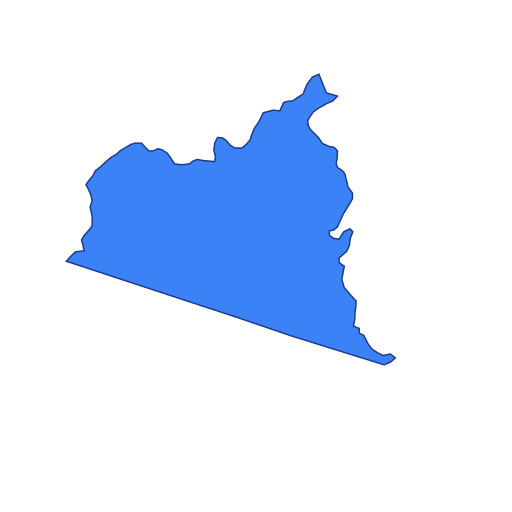 outline of Graça Aranha, Maranhão, Brazil, rotated 145°
{"feature_id": "56859067B94805674111832", "entity_name": "Graça Aranha", "entity_type": "district", "adm_level": 2, "iso_a3": "BRA", "parent_name": "Brazil", "parent_adm1": "Maranhão", "projection": "mercator", "projection_center": [-44.344, -5.391], "detail": "fine", "context": "isolated", "style": "filled", "palette": "blue", "viewbox_px": 512, "rotation_deg": 145, "n_neighbors": 0, "source": "geoboundaries", "source_scale": "gbopen_adm2", "svg_char_len": 1797}
<svg xmlns="http://www.w3.org/2000/svg" viewBox="0 0 512 512"><g transform="rotate(145 256 256)"><path d="M200.3,92.6L202.1,98.6L209.0,101.7L211.9,106.9L214.4,113.2L214.6,119.6L213.3,129.2L215.7,133.6L213.0,137.4L216.4,142.8L211.6,147.2L207.5,152.7L203.4,157.1L199.8,161.8L200.8,169.0L201.8,179.7L199.2,187.4L194.1,192.6L189.6,196.9L191.6,202.4L189.6,206.6L178.9,207.9L173.7,210.9L168.4,216.6L162.8,220.3L163.5,224.4L170.4,225.5L178.2,222.2L182.3,225.8L184.0,230.7L181.6,234.5L177.4,232.7L172.7,233.1L166.2,236.9L160.1,240.5L149.0,245.2L143.9,247.7L140.9,252.4L141.1,259.8L138.9,265.0L136.0,272.6L136.4,276.7L138.5,281.8L137.2,285.9L133.4,289.6L128.9,295.6L129.8,300.4L133.1,303.5L137.1,310.1L136.9,316.8L138.0,323.0L138.9,328.4L138.3,333.1L135.8,337.4L131.8,339.2L126.4,341.2L119.6,341.2L110.4,340.3L104.1,339.0L97.6,340.3L104.8,349.3L100.2,368.8L107.3,370.2L115.3,367.6L120.4,364.5L124.6,361.6L130.5,362.0L137.1,362.0L140.7,364.3L145.4,365.9L153.2,361.2L158.3,365.6L168.0,369.2L172.9,366.3L177.7,363.9L184.4,361.4L190.7,357.3L194.3,354.4L199.2,353.1L205.4,352.4L211.7,356.9L213.6,362.0L214.2,368.1L215.9,372.2L219.5,375.1L225.0,372.2L229.8,366.9L232.3,360.5L235.8,357.1L244.5,364.5L248.8,368.8L253.0,369.9L257.2,369.6L261.7,371.7L265.2,373.9L269.9,378.2L269.7,384.7L269.7,391.0L272.2,397.1L274.9,400.2L279.0,400.8L283.3,403.1L284.4,408.5L285.0,414.0L290.4,417.9L294.7,419.2L306.4,420.1L312.8,419.4L317.2,419.9L324.6,419.4L331.5,418.3L338.7,417.9L343.4,415.4L348.5,414.0L354.4,412.0L355.0,406.7L356.1,401.3L358.3,395.4L363.9,391.2L366.1,385.6L368.2,381.2L373.3,374.4L379.1,372.8L384.7,371.5L389.8,369.2L391.1,365.2L393.8,358.9L401.7,363.0L408.4,361.9L414.4,360.5L334.4,253.5L307.7,217.9L272.6,169.9L213.5,93.4L206.5,91.9L200.3,92.6Z" fill="#3b82f6" stroke="#1e3a8a" stroke-width="1.5"/></g></svg>